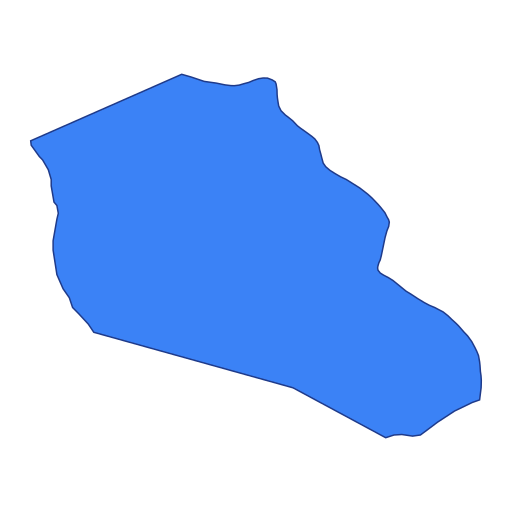 outline of Galba, Micoud, Saint Lucia
{"feature_id": "8701671B38782099046323", "entity_name": "Galba", "entity_type": "district", "adm_level": 2, "iso_a3": "LCA", "parent_name": "Saint Lucia", "parent_adm1": "Micoud", "projection": "albers", "projection_center": [-60.938, 13.836], "detail": "fine", "context": "isolated", "style": "filled", "palette": "blue", "viewbox_px": 512, "rotation_deg": 0, "n_neighbors": 0, "source": "geoboundaries", "source_scale": "gbopen_adm2", "svg_char_len": 1590}
<svg xmlns="http://www.w3.org/2000/svg" viewBox="0 0 512 512"><path d="M93.8,332.3L293.0,387.8L385.7,437.7L394.0,435.0L401.8,434.5L412.6,436.1L420.4,435.0L428.2,429.2L437.5,422.2L454.6,411.0L472.2,402.5L479.6,399.9L481.1,387.8L481.2,385.1L481.3,380.4L481.0,375.7L480.4,371.5L480.0,365.5L479.6,361.8L478.5,355.6L476.8,351.4L475.0,347.7L471.8,341.7L467.6,335.9L463.8,331.9L458.5,325.8L456.2,323.5L451.6,319.3L447.9,315.7L443.1,311.9L437.9,309.2L435.1,307.7L429.4,305.3L424.3,302.6L417.7,298.6L411.8,294.7L406.1,291.2L393.1,280.6L388.7,277.8L383.7,275.2L380.2,273.0L378.0,270.2L377.6,268.0L377.9,266.1L378.9,262.7L380.2,260.0L381.3,255.7L385.1,237.4L386.9,230.9L388.7,226.3L389.3,222.1L388.6,219.7L387.2,217.3L384.9,212.7L380.7,207.4L378.2,204.5L372.1,198.1L367.9,194.3L359.8,188.0L352.0,183.1L346.3,179.5L340.4,176.7L335.1,173.6L330.0,170.4L325.7,166.7L323.2,163.1L322.7,161.3L321.8,158.0L320.9,154.4L319.6,149.7L318.9,145.6L317.4,142.4L314.8,138.9L312.1,136.6L308.9,134.2L304.6,131.1L300.5,128.2L297.3,125.7L292.8,120.9L288.0,117.0L285.3,115.0L281.0,110.7L278.7,106.0L277.9,101.3L277.4,97.8L277.1,94.4L277.0,89.8L276.1,84.0L275.2,81.8L272.2,79.9L267.5,78.1L263.2,78.0L258.6,78.7L253.2,80.5L248.8,82.4L243.5,83.8L239.2,85.1L234.3,85.7L230.9,85.6L225.1,84.9L216.3,83.1L204.2,81.4L193.5,77.8L191.1,77.0L181.7,74.3L30.7,140.8L31.2,145.2L39.3,156.5L42.6,159.9L48.3,169.7L51.2,179.5L51.2,185.9L54.0,202.1L56.9,205.5L58.3,213.3L56.9,219.2L53.1,240.8L53.1,250.1L56.9,274.6L63.1,288.8L69.3,297.7L72.6,307.5L78.8,313.8L88.3,324.1L93.8,332.3Z" fill="#3b82f6" stroke="#1e3a8a" stroke-width="1.5"/></svg>